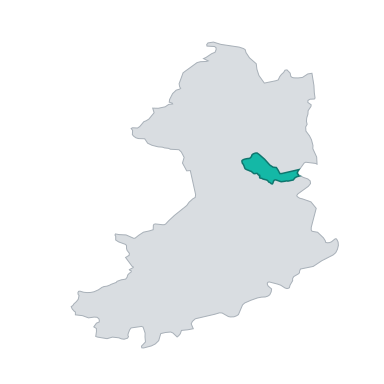 Tougué highlighted on a map of Guinea, rotated 78°
{"feature_id": "GIN-5658", "entity_name": "Tougué", "entity_type": "Prefecture", "adm_level": 1, "iso_a3": "GIN", "parent_name": "Guinea", "parent_adm1": "", "projection": "equal_earth", "projection_center": [-11.475, 11.52], "detail": "fine", "context": "in_parent", "style": "filled", "palette": "teal", "viewbox_px": 384, "rotation_deg": 78, "n_neighbors": 0, "source": "natural_earth", "source_scale": "10m", "svg_char_len": 4910}
<svg xmlns="http://www.w3.org/2000/svg" viewBox="0 0 384 384"><g transform="rotate(78 192 192)"><path d="M233.7,267.8L230.7,267.2L229.4,268.0L225.5,274.2L223.1,276.6L219.4,275.8L218.1,276.3L217.1,275.6L218.5,272.2L220.3,265.4L225.2,258.6L225.3,257.2L223.3,253.2L221.2,247.8L221.2,242.0L220.8,237.8L216.5,236.7L215.7,235.9L215.6,234.5L218.0,227.3L218.2,225.8L217.9,224.5L215.3,220.8L211.2,214.0L204.1,199.9L201.4,197.0L198.9,192.7L198.0,190.0L195.3,189.0L170.7,189.2L170.2,192.8L161.7,195.3L156.5,192.5L150.7,194.1L147.9,196.0L145.7,204.2L144.4,205.9L143.2,209.6L142.0,211.6L140.8,215.7L138.0,221.4L135.1,225.2L130.1,227.2L128.6,233.3L127.4,235.5L125.5,237.3L123.5,238.4L119.4,237.3L117.2,238.3L116.8,236.8L118.1,232.0L117.1,229.5L113.2,224.5L112.8,222.1L111.7,219.0L106.6,212.6L101.8,213.0L103.1,207.6L103.1,200.5L101.5,196.6L101.9,192.6L101.0,192.8L99.4,195.6L96.9,194.7L91.7,190.5L89.1,186.3L88.8,182.8L88.2,181.5L86.6,182.2L83.4,182.1L73.5,175.9L66.5,160.2L66.3,156.7L67.3,150.6L67.1,148.9L63.9,153.0L63.3,150.3L60.8,144.0L60.1,140.4L57.7,138.8L55.8,138.5L54.4,139.7L52.4,147.0L50.9,147.0L49.5,145.4L49.8,139.9L53.6,133.1L60.1,115.7L62.4,111.8L63.8,110.4L66.8,110.2L72.7,107.9L79.9,102.5L85.5,103.0L92.0,102.3L100.5,98.6L100.6,87.0L100.3,84.4L97.3,82.1L95.6,80.1L94.1,77.5L92.2,75.7L92.3,73.7L96.1,71.3L99.5,71.3L100.7,70.3L101.5,68.7L102.5,64.5L102.9,60.1L100.6,54.2L100.8,50.0L113.2,50.6L120.1,51.7L125.7,52.1L126.5,53.0L125.8,57.1L126.5,59.5L128.4,60.1L131.5,57.3L133.1,57.9L136.6,61.5L139.9,62.4L143.4,64.4L146.8,65.4L149.7,65.3L152.0,67.3L156.1,67.9L161.5,65.4L165.7,64.3L171.6,64.0L174.7,64.8L183.7,62.8L190.8,63.9L189.7,65.3L186.5,74.6L186.9,76.2L194.1,84.1L195.8,84.7L197.8,83.6L200.9,80.0L203.3,76.0L205.7,74.1L208.4,74.3L210.6,77.0L215.8,88.7L217.1,90.2L218.3,90.1L220.5,87.9L221.7,85.4L226.4,77.7L233.8,73.9L251.3,82.7L253.9,83.3L255.4,82.7L257.5,77.5L264.1,73.0L267.3,71.8L269.1,71.7L269.8,70.2L270.1,68.1L269.7,65.9L267.7,62.0L267.6,60.8L268.8,60.1L271.3,59.5L274.6,59.9L278.2,61.6L281.2,64.0L282.9,67.0L286.2,79.3L290.0,88.9L289.9,101.9L291.5,103.1L293.3,103.7L294.1,104.7L295.9,110.1L297.6,111.6L299.7,112.0L303.4,115.4L305.9,116.7L306.2,117.8L306.2,119.2L305.2,121.0L301.6,124.6L299.8,127.6L296.1,135.0L296.0,136.3L296.8,137.3L298.3,137.5L299.9,137.0L303.4,134.3L306.1,135.3L308.7,137.3L309.6,139.4L309.9,142.2L309.3,145.8L309.2,149.8L310.1,156.7L311.5,163.5L312.9,166.0L321.6,172.1L322.4,174.3L322.8,176.9L322.2,180.4L321.4,182.3L316.6,187.7L315.9,190.2L316.3,195.0L316.7,215.1L318.6,218.5L320.8,220.2L326.0,219.2L325.9,224.8L325.2,231.1L328.3,233.0L329.8,234.9L330.7,236.7L325.9,240.0L324.5,242.0L323.9,247.2L324.0,252.0L330.5,255.5L333.0,259.5L334.1,263.7L334.5,271.7L334.0,273.5L332.3,273.5L329.0,268.7L324.0,268.1L320.3,267.2L314.0,267.9L313.0,269.3L312.3,279.8L313.8,281.6L316.8,283.6L318.7,284.5L320.3,284.2L321.6,285.5L321.9,289.0L321.0,291.5L319.4,293.9L317.4,300.0L317.8,305.6L314.3,314.5L313.3,316.2L308.7,314.5L305.6,313.9L303.5,316.1L300.4,312.7L299.9,309.9L298.8,309.4L296.7,309.4L294.8,310.9L294.0,313.7L293.6,319.4L290.2,324.8L287.9,331.6L285.1,331.0L284.5,331.8L281.5,333.5L279.0,334.0L278.3,332.2L276.9,330.8L275.2,327.9L273.3,325.6L269.8,324.0L268.4,324.7L266.7,324.5L265.6,323.6L265.7,322.2L267.6,318.7L268.6,315.4L269.2,311.9L269.2,308.5L268.2,303.8L266.6,300.0L266.2,297.9L266.4,294.8L266.0,291.9L265.5,290.4L264.7,284.9L263.8,283.9L263.2,279.5L263.4,275.0L262.0,273.3L259.8,272.1L258.5,270.3L257.7,268.4L256.9,267.8L256.3,267.9L255.7,269.1L254.9,269.4L253.7,265.2L253.1,265.0L252.3,266.0L242.2,270.6L240.9,266.7L239.0,266.0L235.7,267.6L233.7,267.8Z" fill="#d9dde1" stroke="#a8b0b8" stroke-width="1"/><path d="M192.3,82.8L193.0,83.5L193.7,84.2L194.5,84.7L195.3,85.1L196.0,85.1L197.2,84.4L197.9,84.4L198.5,84.2L198.7,83.8L198.9,86.4L199.5,88.3L201.3,90.5L201.3,93.7L201.3,95.9L200.8,97.1L200.8,98.9L200.7,100.4L200.5,102.7L197.5,107.6L197.5,108.2L197.5,108.5L197.5,108.8L197.6,109.1L197.7,109.3L198.0,109.6L198.3,109.9L200.6,111.4L200.8,111.7L200.5,112.5L200.2,112.9L199.8,113.1L199.2,113.6L198.7,114.1L198.5,114.5L198.3,114.8L197.0,115.4L196.6,115.7L196.2,116.0L195.6,116.8L194.1,119.9L193.3,120.7L192.6,122.3L192.2,122.8L191.5,122.8L191.0,122.5L190.6,122.3L190.1,122.8L189.6,122.5L189.4,122.8L189.3,123.2L189.0,123.5L188.7,123.8L188.4,123.9L188.1,123.9L187.6,124.1L187.3,124.5L187.2,125.1L187.1,126.9L186.9,127.6L186.5,128.0L184.0,129.9L183.8,130.5L182.1,132.9L182.0,133.2L180.9,134.6L180.3,135.2L179.0,135.5L177.3,135.7L175.6,136.1L174.5,136.7L174.1,136.8L172.4,136.8L172.0,136.7L171.6,136.5L171.3,135.9L171.0,135.0L170.8,133.3L170.8,132.2L170.8,131.0L171.0,129.4L171.0,128.6L170.7,127.8L170.0,126.9L169.5,126.4L169.0,126.0L168.5,125.9L168.2,125.6L167.8,125.0L167.4,124.0L167.1,121.9L167.4,120.2L169.4,118.4L175.0,114.2L181.8,110.3L184.6,107.5L185.6,104.4L188.7,103.2L192.3,102.2L192.6,100.2L192.3,82.8Z" fill="#14b8a6" stroke="#0f766e" stroke-width="1.5"/></g></svg>